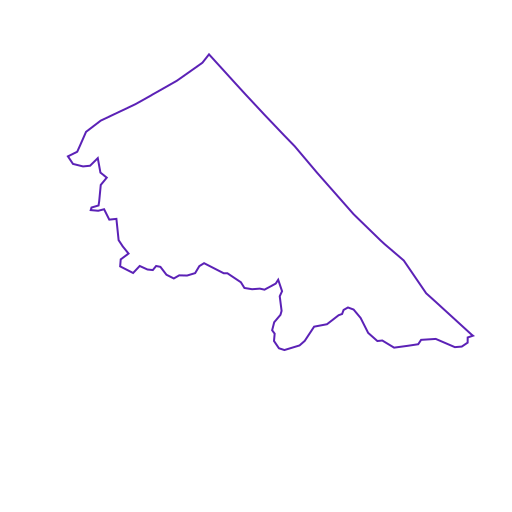 outline of Quebradillas, Puerto Rico, rotated 318°
{"feature_id": "32010507B1223039681342", "entity_name": "Quebradillas", "entity_type": "district", "adm_level": 2, "iso_a3": "PRI", "parent_name": "Puerto Rico", "parent_adm1": "", "projection": "albers", "projection_center": [-66.935, 18.429], "detail": "fine", "context": "isolated", "style": "outline", "palette": "violet", "viewbox_px": 512, "rotation_deg": 318, "n_neighbors": 0, "source": "geoboundaries", "source_scale": "gbopen_adm2", "svg_char_len": 1371}
<svg xmlns="http://www.w3.org/2000/svg" viewBox="0 0 512 512"><g transform="rotate(318 256 256)"><path d="M363.9,460.4L363.6,458.7L358.6,407.8L357.5,397.6L362.8,358.2L359.5,333.1L359.0,327.9L356.5,290.4L357.1,234.9L358.2,200.4L357.6,184.7L356.8,156.3L356.3,128.0L356.2,114.7L356.0,74.7L345.6,76.5L345.3,76.5L314.4,72.8L286.9,66.7L285.6,66.5L268.0,62.5L231.2,51.5L212.8,50.0L199.5,56.0L192.9,58.9L182.9,56.1L181.6,65.1L187.4,73.7L193.1,77.9L203.9,77.4L196.2,89.9L197.5,97.9L188.2,99.3L176.2,110.3L172.8,113.1L166.2,109.9L163.9,111.3L169.0,116.8L174.4,119.6L171.3,130.8L177.1,135.0L164.5,152.3L163.5,159.1L163.4,159.3L162.9,168.9L153.2,168.0L148.1,172.8L153.3,186.4L162.9,185.6L166.3,193.4L169.9,197.4L175.1,196.6L177.7,200.1L176.9,210.0L179.9,217.7L186.0,219.0L191.7,224.4L199.3,228.0L207.1,225.6L212.6,226.6L220.5,247.3L223.2,249.7L227.2,265.4L226.0,272.0L230.9,278.1L237.0,282.8L239.8,286.7L252.2,289.7L256.6,288.5L251.8,299.6L246.7,301.8L238.3,313.9L234.8,316.1L225.2,317.4L218.3,322.0L217.9,326.2L212.5,331.2L211.3,339.9L214.2,344.9L228.5,351.6L235.4,351.7L251.9,347.4L263.1,354.2L277.8,355.3L281.2,356.7L285.0,354.7L289.9,355.8L292.7,361.1L292.3,372.0L287.9,388.2L289.3,400.4L293.3,403.3L297.3,416.5L308.7,424.3L317.5,430.1L322.6,428.8L334.1,437.9L342.8,456.8L348.3,461.0L355.3,462.0L358.8,458.2L363.9,460.4Z" fill="none" stroke="#5b21b6" stroke-width="2"/></g></svg>